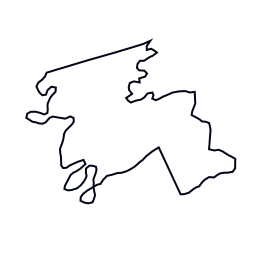 Coronel Barros, Rio Grande do Sul, Brazil (Natural Earth projection), rotated 255°
{"feature_id": "56859067B68301382836853", "entity_name": "Coronel Barros", "entity_type": "district", "adm_level": 2, "iso_a3": "BRA", "parent_name": "Brazil", "parent_adm1": "Rio Grande do Sul", "projection": "natural_earth1", "projection_center": [-54.066, -28.404], "detail": "fine", "context": "isolated", "style": "outline", "palette": "ink", "viewbox_px": 256, "rotation_deg": 255, "n_neighbors": 0, "source": "geoboundaries", "source_scale": "gbopen_adm2", "svg_char_len": 2279}
<svg xmlns="http://www.w3.org/2000/svg" viewBox="0 0 256 256"><g transform="rotate(255 128 128)"><path d="M206.5,172.2L205.2,164.2L204.7,149.6L204.3,136.1L203.9,112.3L203.8,105.4L202.5,63.7L199.3,61.3L196.9,57.6L195.1,53.2L191.8,50.3L188.6,50.8L185.0,51.7L181.8,53.8L181.4,57.3L185.5,60.2L187.7,64.7L185.7,68.8L181.8,67.4L179.3,63.3L177.2,60.6L172.6,56.9L170.1,55.9L166.6,55.3L163.3,53.9L162.8,50.6L165.5,46.7L167.6,43.0L168.8,38.2L167.9,34.4L164.1,32.4L158.8,37.3L157.2,40.7L155.5,43.2L154.2,46.7L154.8,49.9L158.1,54.9L158.5,58.4L156.5,62.6L153.3,69.7L154.1,75.3L151.8,78.0L148.2,77.3L145.8,74.6L143.7,70.8L141.5,67.1L138.8,64.7L134.9,63.1L131.0,60.9L125.6,57.0L121.6,56.1L117.1,55.7L112.0,54.5L109.1,53.8L106.1,55.0L105.5,58.2L106.8,61.7L107.6,65.8L108.4,71.5L108.7,76.8L104.2,77.6L100.9,71.1L99.5,66.7L98.9,63.3L97.3,60.2L93.8,57.0L88.3,52.0L85.5,50.8L83.3,53.9L82.7,57.3L82.9,63.0L84.8,67.4L86.9,70.4L89.3,73.2L92.2,75.5L96.2,75.9L99.8,77.0L101.6,81.0L100.6,84.3L98.7,87.1L95.6,86.7L92.1,84.7L87.4,81.3L83.2,80.6L80.1,79.4L81.2,83.6L81.1,87.0L84.2,90.3L87.2,95.3L87.0,100.4L87.2,105.9L86.4,110.5L86.7,116.1L87.7,120.3L88.8,123.9L90.2,127.1L91.7,129.9L93.5,134.2L96.0,138.2L97.8,142.3L99.1,145.4L100.3,149.2L101.3,152.7L50.4,161.6L49.5,165.4L49.8,170.2L51.9,175.0L52.9,178.0L53.3,181.7L56.4,185.6L58.1,188.6L59.6,193.5L58.0,198.3L59.4,201.8L60.3,205.1L60.0,209.0L59.0,212.9L58.6,217.7L61.2,221.0L70.5,223.6L73.6,220.5L75.5,218.3L77.8,216.1L80.9,213.3L83.4,210.1L84.0,205.5L86.5,200.8L105.0,207.3L111.7,207.7L113.9,204.8L115.2,201.1L117.7,199.5L120.5,196.7L124.1,192.8L127.5,194.4L134.2,199.3L145.6,201.8L146.3,196.9L148.8,193.0L150.1,187.2L150.7,180.4L149.8,174.6L149.2,169.8L148.2,166.1L147.7,162.0L150.1,159.1L153.1,161.1L155.9,160.8L156.3,155.8L153.4,151.8L152.1,148.1L152.4,142.8L151.9,137.2L154.4,135.2L157.5,134.0L159.9,140.8L164.4,138.9L167.3,139.3L171.0,141.4L171.5,145.7L169.0,151.1L173.0,151.6L173.2,157.8L175.7,160.5L179.1,158.7L180.9,153.6L183.8,152.2L187.4,153.8L189.8,156.9L188.8,160.9L190.9,167.3L191.4,170.6L193.4,175.5L195.9,173.5L198.6,170.8L198.5,166.4L202.3,167.3L206.5,172.2ZM65.4,74.4L67.9,76.5L71.7,78.8L76.0,79.0L80.1,79.4L78.1,72.5L76.0,67.6L73.5,64.5L70.0,63.3L67.3,66.5L65.5,70.0L65.4,74.4Z" fill="none" stroke="#020617" stroke-width="2"/></g></svg>